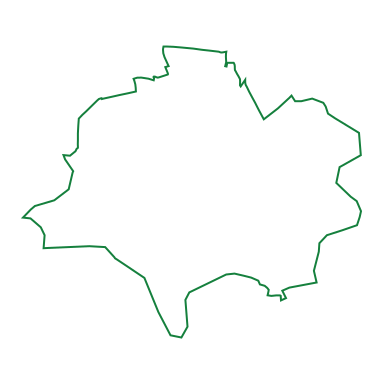 Port-Harcourt, Rivers, Nigeria (orthographic projection)
{"feature_id": "59680162B27901935497545", "entity_name": "Port-Harcourt", "entity_type": "district", "adm_level": 2, "iso_a3": "NGA", "parent_name": "Nigeria", "parent_adm1": "Rivers", "projection": "orthographic", "projection_center": [7.015, 4.783], "detail": "fine", "context": "isolated", "style": "outline", "palette": "green", "viewbox_px": 384, "rotation_deg": 0, "n_neighbors": 0, "source": "geoboundaries", "source_scale": "gbopen_adm2", "svg_char_len": 2064}
<svg xmlns="http://www.w3.org/2000/svg" viewBox="0 0 384 384"><path d="M115.0,258.3L116.8,259.4L144.4,277.9L158.4,312.1L170.5,335.3L181.4,337.5L187.5,326.7L185.4,299.9L189.3,292.4L226.2,274.5L234.5,273.6L243.6,275.7L251.2,277.6L258.3,280.7L259.9,284.4L264.7,285.8L267.2,287.9L268.7,289.8L268.4,291.7L267.6,295.3L271.4,295.9L276.2,295.4L280.0,295.4L280.7,295.8L281.0,300.4L286.0,298.1L282.3,290.7L289.4,287.6L316.6,282.5L313.9,270.8L318.8,251.7L319.4,243.2L326.9,235.2L342.2,230.3L357.0,225.2L359.7,217.0L361.0,211.2L356.7,201.1L350.7,196.7L336.3,182.9L339.6,167.1L360.8,155.2L359.0,132.9L334.9,118.2L328.0,113.6L325.7,106.6L323.3,102.8L312.2,98.6L301.3,101.2L295.1,101.2L291.5,95.6L289.1,98.1L288.2,98.9L277.9,108.4L263.8,119.3L259.0,110.4L256.7,105.9L255.2,102.9L252.2,97.4L249.2,91.8L246.6,86.4L246.0,85.5L245.5,84.2L245.2,82.4L245.2,79.8L240.7,86.4L240.0,85.3L240.1,81.2L240.0,79.5L239.9,79.0L239.5,78.2L238.5,76.3L237.0,73.8L235.7,71.3L235.0,70.2L234.9,69.7L234.8,68.1L234.8,66.5L234.7,65.5L234.6,64.8L233.9,63.1L233.6,62.8L230.5,62.8L227.6,62.8L227.2,63.0L226.5,66.5L225.2,66.2L226.2,62.1L225.9,56.8L226.0,53.7L226.3,51.7L222.7,52.4L221.2,52.5L220.3,52.3L218.8,51.7L209.4,50.6L202.0,49.8L193.4,48.6L181.6,47.5L173.4,46.8L166.0,46.5L163.5,46.5L163.2,48.0L163.0,49.6L163.3,53.3L164.5,57.1L168.6,66.1L165.3,67.1L166.4,69.8L167.6,72.7L168.0,74.0L167.8,74.5L163.2,76.0L158.8,77.4L157.6,77.6L156.3,77.2L154.9,76.6L153.8,76.6L153.5,77.0L154.1,78.4L153.7,80.3L148.5,78.7L144.0,78.0L141.3,77.6L137.2,77.7L133.6,78.8L134.4,81.0L135.3,84.3L135.7,87.7L135.9,91.5L129.2,93.0L128.8,93.1L119.7,95.0L112.6,96.6L103.5,98.6L102.0,99.0L101.9,98.4L101.4,98.2L98.9,99.0L97.2,100.5L92.3,105.3L86.1,111.4L82.3,114.9L78.8,118.6L78.3,125.5L77.9,133.3L77.9,140.3L77.8,144.2L77.9,146.6L77.9,147.8L76.6,148.9L75.5,151.2L70.0,155.7L63.5,155.1L65.1,159.4L73.2,171.2L72.6,172.6L68.7,189.3L54.3,200.3L34.9,206.0L30.8,209.5L23.0,217.6L30.5,218.4L40.8,227.3L44.6,235.2L43.6,248.2L47.3,248.0L89.4,246.2L105.2,247.1L114.5,257.4L115.0,258.3Z" fill="none" stroke="#15803d" stroke-width="2"/></svg>